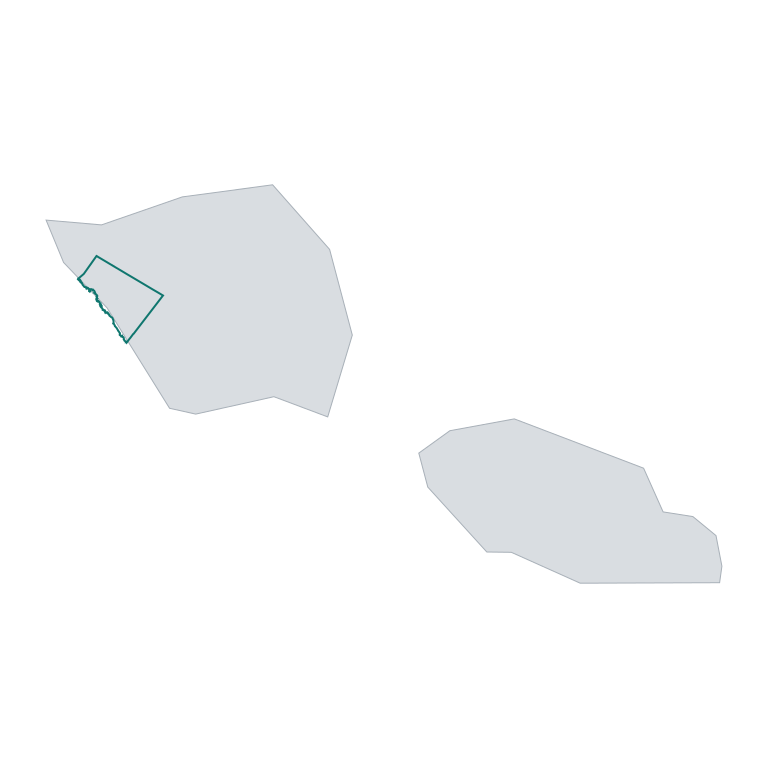 Salega, Satupa'itea, Samoa shown in context
{"feature_id": "51752279B51702151911429", "entity_name": "Salega", "entity_type": "district", "adm_level": 2, "iso_a3": "WSM", "parent_name": "Samoa", "parent_adm1": "Satupa'itea", "projection": "equal_earth", "projection_center": [-172.669, -13.632], "detail": "fine", "context": "in_parent", "style": "outline", "palette": "teal", "viewbox_px": 768, "rotation_deg": 0, "n_neighbors": 0, "source": "geoboundaries", "source_scale": "gbopen_adm2", "svg_char_len": 4632}
<svg xmlns="http://www.w3.org/2000/svg" viewBox="0 0 768 768"><path d="M272.6,184.8L329.6,249.4L352.3,335.1L327.7,416.9L273.9,396.7L195.7,414.1L169.6,408.3L107.0,307.8L63.6,262.5L46.1,220.1L101.5,224.9L182.3,196.9L272.6,184.8ZM719.6,582.7L580.2,583.2L511.3,552.3L486.8,552.0L427.8,487.1L418.8,453.1L449.9,430.7L514.3,418.9L643.6,468.2L663.1,511.9L692.9,516.6L716.0,535.6L721.9,566.2L719.6,582.7Z" fill="#d9dde1" stroke="#a8b0b8" stroke-width="1"/><path d="M96.5,256.0L83.8,273.9L78.1,278.8L77.9,279.2L78.0,279.3L78.1,279.0L78.4,279.2L78.6,279.4L78.9,279.8L79.0,279.8L78.9,280.0L79.0,280.2L79.3,280.5L79.6,280.5L79.8,280.8L80.1,280.9L80.0,281.0L80.1,281.5L80.3,281.5L80.3,281.8L80.5,282.0L80.7,281.5L80.8,281.8L80.8,281.7L81.0,281.8L81.3,282.2L81.5,282.3L81.9,282.9L81.8,283.1L82.0,283.2L82.0,283.5L82.4,284.0L82.5,284.4L82.5,284.6L82.9,285.0L83.1,285.1L83.1,285.3L83.4,285.5L83.5,285.7L83.7,286.1L83.9,286.2L83.9,286.4L84.1,286.5L84.3,286.6L84.5,286.7L84.8,286.8L84.8,287.0L85.1,287.0L85.4,287.1L85.7,287.3L85.9,287.4L85.9,287.6L86.0,287.8L86.5,287.8L86.6,287.7L86.7,287.9L86.8,288.1L87.0,287.7L87.4,287.8L87.3,288.0L87.6,287.9L87.8,288.0L87.9,288.3L88.1,288.3L88.4,288.5L88.5,288.8L88.9,288.8L89.1,288.9L89.1,289.2L89.2,289.6L89.4,289.7L89.4,290.0L89.1,290.1L89.1,290.3L89.3,290.2L89.3,290.4L89.2,290.4L89.2,290.8L89.5,290.7L89.6,291.2L89.9,291.6L90.0,291.5L90.0,291.4L90.1,290.9L90.2,290.7L90.3,290.4L90.6,289.8L90.9,289.6L91.1,289.6L91.2,289.4L91.1,289.2L91.7,289.2L92.2,289.5L92.4,289.8L92.5,289.7L92.8,289.8L92.8,290.0L93.1,289.8L93.3,290.1L93.6,290.4L94.2,290.7L94.4,291.2L94.7,291.7L94.6,292.0L94.3,292.5L94.5,292.5L94.6,292.4L94.7,292.2L94.9,292.3L95.2,293.0L95.2,293.4L95.1,293.6L95.3,293.9L95.5,294.0L95.9,294.2L95.9,294.3L96.3,294.6L96.6,294.9L96.7,295.0L96.9,295.2L96.9,295.6L97.0,295.7L97.1,296.1L96.7,296.5L96.8,296.6L97.0,296.6L96.9,296.8L96.8,297.1L96.8,297.3L97.0,297.3L97.0,297.5L96.7,297.6L96.5,298.3L96.7,298.5L97.0,298.6L96.9,298.7L96.7,298.7L96.7,298.9L96.5,299.2L96.6,299.3L96.8,299.4L96.8,299.5L96.5,299.4L96.3,299.4L96.3,299.6L96.4,299.8L96.6,299.9L96.7,300.3L97.0,300.1L97.2,300.4L97.2,300.5L97.4,300.6L97.5,301.0L97.3,301.1L97.3,301.3L97.5,301.5L97.7,301.4L97.7,301.2L97.8,301.0L97.7,301.0L97.8,300.7L98.0,300.9L98.3,300.9L98.4,301.2L98.3,301.3L98.5,301.2L98.7,301.4L99.0,301.6L99.3,301.8L99.4,302.2L99.3,302.4L99.4,302.5L99.6,302.4L99.7,302.7L99.8,302.8L100.0,303.2L100.1,303.3L100.0,303.7L100.6,303.6L100.6,303.9L100.4,304.0L100.5,304.4L100.3,304.7L100.4,304.9L100.3,305.1L100.2,305.3L100.6,305.6L100.6,305.4L100.9,305.5L100.7,305.7L100.6,306.0L100.8,306.0L101.0,306.0L101.3,305.8L101.5,305.6L101.7,306.0L101.4,306.3L101.5,306.5L101.3,306.9L101.6,306.9L101.6,307.2L101.7,307.4L101.7,307.6L101.8,307.6L101.9,307.8L102.0,308.1L102.2,308.5L102.4,308.6L102.4,308.8L102.5,309.0L102.7,309.5L102.7,309.9L102.8,309.9L103.1,310.0L103.4,310.2L103.6,309.9L103.9,310.1L104.0,310.0L104.4,310.2L104.5,310.5L104.6,310.4L104.9,310.4L105.0,310.6L105.1,310.8L104.9,311.0L104.8,311.3L104.9,311.5L105.1,311.8L105.1,312.0L105.2,312.3L105.2,312.5L105.3,312.7L105.5,312.5L105.8,312.6L106.0,312.5L106.4,312.4L106.6,312.6L106.8,312.3L107.0,312.2L107.4,312.3L107.6,312.5L107.6,312.8L107.5,313.1L107.6,313.3L108.0,313.4L108.1,313.6L108.3,313.5L108.5,313.8L108.7,314.1L108.9,314.4L109.1,314.4L109.3,314.6L109.3,314.8L109.3,315.5L109.5,315.7L109.7,315.9L109.9,315.9L110.1,316.1L110.3,316.3L110.9,316.9L111.4,317.2L111.8,317.4L112.0,317.5L112.3,317.8L112.6,318.3L112.7,318.6L112.9,319.2L113.1,319.6L113.2,320.0L113.5,320.7L113.5,321.1L113.5,321.5L113.6,321.9L113.6,322.3L113.4,322.9L113.3,323.2L113.5,323.2L113.7,323.4L113.7,323.8L114.0,324.0L114.2,324.4L114.3,324.7L114.6,325.1L114.8,325.5L114.9,326.1L115.1,326.2L115.7,327.0L116.4,327.7L116.8,328.3L117.2,329.0L117.4,329.3L117.7,329.8L118.0,330.3L118.0,330.6L118.2,330.8L118.6,331.2L119.1,332.0L119.5,332.6L119.8,332.9L119.9,333.2L119.8,333.3L119.9,333.9L119.7,334.2L119.8,334.5L119.8,335.0L120.1,335.1L120.7,335.8L121.0,335.9L121.1,336.1L121.3,335.9L121.5,336.1L121.7,336.3L122.0,336.1L122.0,336.4L122.1,336.6L122.3,336.6L122.6,336.7L122.6,337.0L123.0,337.1L123.3,337.2L123.6,337.5L123.8,338.1L123.8,338.4L123.8,338.8L123.7,339.0L123.9,339.2L123.9,339.5L124.0,339.7L124.3,339.9L124.3,340.3L124.4,340.6L124.8,340.8L124.9,341.0L125.3,341.3L125.6,341.4L125.8,341.6L125.8,341.8L126.0,341.7L126.1,342.0L126.0,342.3L126.4,342.3L126.6,342.4L126.7,342.6L129.2,339.2L130.3,337.9L133.2,334.0L133.6,333.8L163.0,295.5L159.0,293.1L156.6,291.7L153.0,289.6L141.4,282.7L130.1,276.0L127.7,274.6L123.7,272.2L115.8,267.5L101.9,259.2L96.5,256.0Z" fill="none" stroke="#0f766e" stroke-width="2"/></svg>